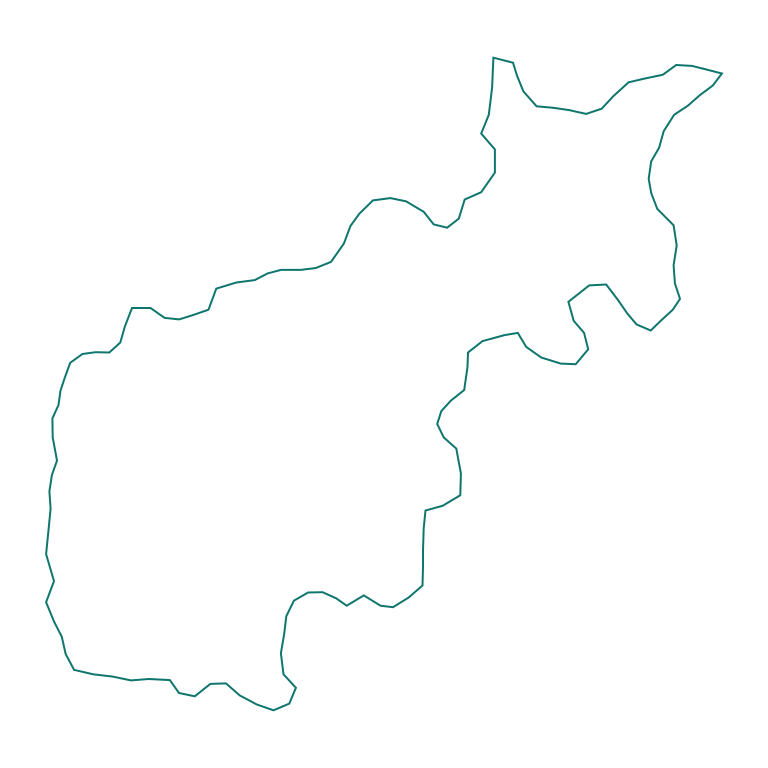 the district of Rio Doce, Minas Gerais, Brazil
{"feature_id": "56859067B3793838419052", "entity_name": "Rio Doce", "entity_type": "district", "adm_level": 2, "iso_a3": "BRA", "parent_name": "Brazil", "parent_adm1": "Minas Gerais", "projection": "robinson", "projection_center": [-42.893, -20.212], "detail": "fine", "context": "isolated", "style": "outline", "palette": "teal", "viewbox_px": 768, "rotation_deg": 0, "n_neighbors": 0, "source": "geoboundaries", "source_scale": "gbopen_adm2", "svg_char_len": 1879}
<svg xmlns="http://www.w3.org/2000/svg" viewBox="0 0 768 768"><path d="M148.5,679.0L169.9,680.1L179.0,693.0L194.8,696.3L210.3,683.9L226.0,683.4L239.7,695.4L256.8,704.5L273.5,710.3L289.3,703.6L295.9,687.8L283.5,674.3L280.9,653.2L284.2,633.8L286.3,616.2L293.9,600.7L308.1,592.5L322.6,592.2L336.3,598.4L346.7,605.7L363.8,595.4L380.5,605.7L393.0,607.2L408.7,597.5L422.5,585.5L423.0,567.3L423.0,550.3L423.7,528.3L425.5,510.5L442.6,505.8L460.3,495.2L460.9,473.5L456.3,448.6L443.8,437.5L437.2,424.0L441.3,411.1L450.9,400.6L464.2,390.0L467.5,366.9L468.0,352.5L482.5,341.1L504.1,335.2L517.8,332.9L526.2,346.9L541.2,357.5L560.7,363.6L575.7,364.2L588.2,349.3L584.1,332.9L573.7,320.8L568.4,301.8L589.2,285.4L606.2,284.5L618.2,300.3L627.1,313.2L636.5,324.4L650.7,330.5L661.6,320.0L672.8,309.7L680.0,298.9L674.9,283.3L673.6,265.2L676.7,245.5L673.6,225.3L657.3,208.9L651.2,193.1L648.7,178.7L651.2,161.4L659.1,147.7L663.7,131.2L674.1,114.8L687.9,105.7L699.8,95.2L712.8,85.5L721.9,73.5L709.5,70.3L691.9,65.9L676.2,65.0L662.9,74.7L643.6,78.8L628.6,82.3L613.4,96.1L601.7,108.7L586.2,113.9L569.1,110.1L553.4,107.8L536.6,106.3L523.4,91.4L517.0,75.6L513.0,62.7L493.4,57.7L492.1,87.6L488.8,114.8L481.2,133.6L494.9,149.4L494.9,172.6L481.2,192.2L464.7,199.5L458.8,218.6L447.1,227.7L433.7,224.4L423.7,211.8L406.0,201.3L390.4,198.1L372.9,200.4L359.2,213.9L350.5,225.9L343.9,243.5L331.0,261.9L315.5,268.1L300.5,269.9L280.9,269.9L267.7,273.4L254.7,280.1L236.4,282.5L216.3,288.6L208.5,309.7L191.4,315.6L179.2,319.4L164.7,317.9L150.5,308.0L132.0,308.0L124.8,326.7L120.3,342.5L109.3,352.5L95.6,352.2L82.4,354.0L70.2,362.8L64.9,377.4L60.5,390.6L58.5,405.0L52.4,418.4L52.7,437.5L57.0,460.6L51.9,475.0L49.4,491.4L50.6,508.7L48.6,529.2L46.1,554.1L54.0,581.1L46.1,602.2L54.0,621.5L61.8,636.8L65.7,654.1L74.1,669.9L93.1,674.3L112.7,676.6L131.0,680.4L148.5,679.0Z" fill="none" stroke="#0f766e" stroke-width="2"/></svg>